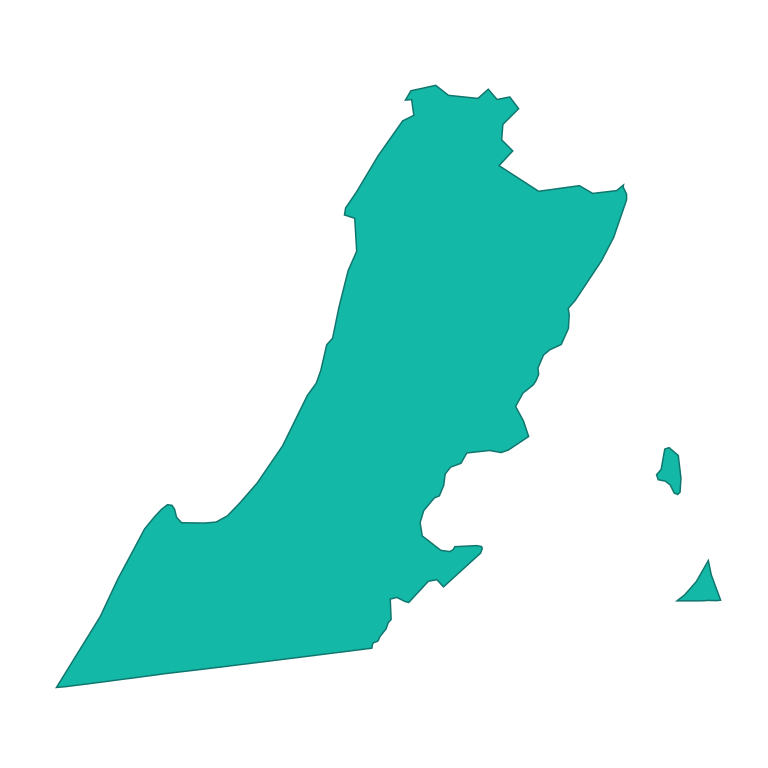 outline of Accomack, Virginia, United States of America, rotated 179°
{"feature_id": "52423323B3829311906310", "entity_name": "Accomack", "entity_type": "district", "adm_level": 2, "iso_a3": "USA", "parent_name": "United States of America", "parent_adm1": "Virginia", "projection": "natural_earth1", "projection_center": [-75.727, 37.738], "detail": "fine", "context": "isolated", "style": "filled", "palette": "teal", "viewbox_px": 768, "rotation_deg": 179, "n_neighbors": 0, "source": "geoboundaries", "source_scale": "gbopen_adm2", "svg_char_len": 1921}
<svg xmlns="http://www.w3.org/2000/svg" viewBox="0 0 768 768"><g transform="rotate(179 384 384)"><path d="M363.1,165.1L343.1,186.0L334.5,187.4L328.1,180.1L290.3,213.3L288.6,218.0L289.4,219.8L294.2,220.8L316.0,220.1L317.8,217.1L321.2,215.3L330.1,216.7L348.4,231.4L350.3,244.8L346.5,256.7L335.7,269.2L330.6,271.2L326.1,281.5L324.4,292.9L318.9,299.7L308.4,303.4L302.4,313.6L279.6,315.7L268.0,313.4L260.8,315.8L240.3,329.0L245.2,344.6L252.8,359.2L245.2,372.5L234.7,380.6L232.1,384.4L229.2,390.9L229.8,397.3L224.0,410.2L217.5,415.4L206.1,420.4L198.6,436.4L197.6,450.1L198.5,456.4L191.4,464.2L164.4,503.4L151.8,526.6L138.2,564.1L138.2,569.7L141.4,576.6L141.1,578.8L148.0,573.3L172.0,570.9L185.2,578.9L226.0,574.0L265.2,600.3L251.2,614.8L262.1,626.1L260.6,641.5L244.6,656.9L253.2,668.8L266.0,666.5L274.6,676.9L285.1,667.9L314.5,671.5L327.1,681.7L352.0,676.7L357.6,667.5L351.4,667.9L349.5,652.1L360.7,646.8L385.9,612.3L408.0,576.7L419.3,560.7L420.6,553.7L410.4,550.2L410.0,541.3L409.0,517.2L417.9,497.9L427.7,461.6L434.6,430.7L440.6,424.2L446.9,398.9L451.7,386.0L460.8,374.0L486.5,323.9L512.7,287.0L530.3,267.5L542.9,254.9L554.3,248.9L565.6,248.1L588.7,248.8L593.7,254.2L595.6,262.5L598.1,266.4L602.6,267.1L608.7,262.5L615.7,255.3L625.9,243.3L637.4,222.5L653.3,194.1L671.8,156.4L716.8,86.3L706.9,87.0L701.7,87.6L682.9,89.6L607.0,98.3L604.8,98.5L546.1,104.5L451.3,114.6L400.7,120.1L400.1,123.9L398.8,125.6L395.3,126.7L394.0,127.9L392.8,131.1L389.9,134.6L389.3,135.4L386.3,138.9L383.9,145.3L381.0,148.4L381.5,168.8L374.8,170.4L366.9,166.2L363.1,165.1ZM51.2,162.0L60.1,187.4L62.8,201.8L75.2,181.0L87.2,167.8L94.8,162.1L84.9,161.9L72.4,161.7L71.8,161.7L71.3,161.7L65.4,161.8L64.8,162.0L55.5,161.6L55.2,161.6L51.2,162.0ZM89.9,270.7L88.7,284.4L91.0,307.4L100.1,315.4L104.4,314.0L108.4,293.8L113.1,288.5L111.5,283.5L104.5,282.0L99.6,278.1L95.8,270.0L92.3,268.4L89.9,270.7Z" fill="#14b8a6" stroke="#0f766e" stroke-width="1.5"/></g></svg>